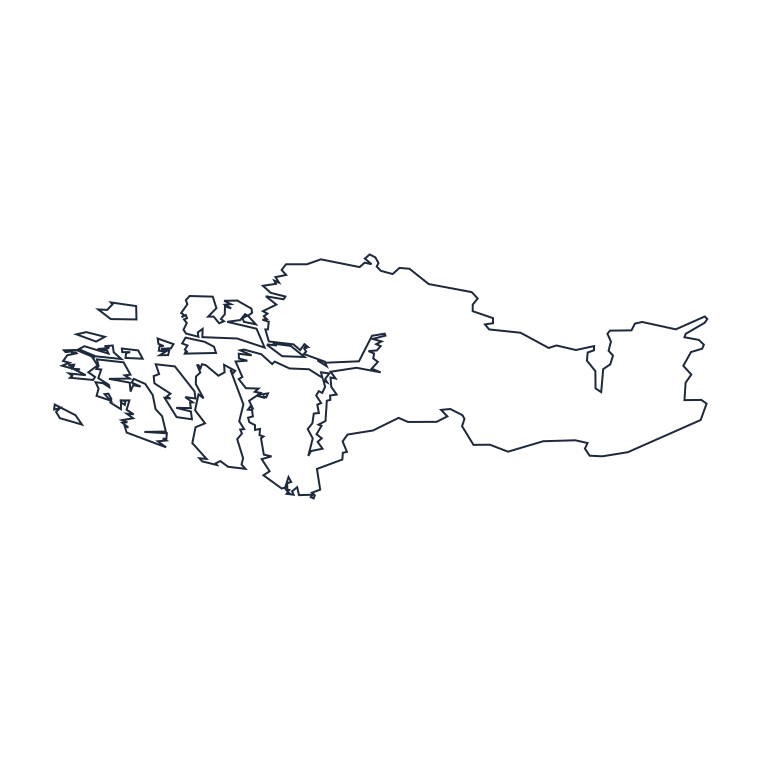 outline of Gulen nor, Sogn og Fjordane, Norway, rotated 10°
{"feature_id": "86288312B34871191687124", "entity_name": "Gulen nor", "entity_type": "district", "adm_level": 2, "iso_a3": "NOR", "parent_name": "Norway", "parent_adm1": "Sogn og Fjordane", "projection": "natural_earth1", "projection_center": [5.028, 60.957], "detail": "fine", "context": "isolated", "style": "outline", "palette": "slate", "viewbox_px": 768, "rotation_deg": 10, "n_neighbors": 0, "source": "geoboundaries", "source_scale": "gbopen_adm2", "svg_char_len": 6126}
<svg xmlns="http://www.w3.org/2000/svg" viewBox="0 0 768 768"><g transform="rotate(10 384 384)"><path d="M688.2,261.8L661.9,279.5L627.4,278.1L620.6,281.0L618.4,288.2L597.3,292.2L595.3,295.7L600.1,302.8L599.4,312.3L604.6,316.2L603.4,325.4L597.3,331.2L599.3,354.3L593.1,351.6L589.9,334.6L579.8,325.8L579.1,317.6L584.9,314.4L584.3,310.2L567.1,317.2L547.2,316.1L539.9,319.9L509.6,309.8L478.1,312.0L473.1,307.8L480.8,305.2L479.9,300.2L458.7,296.9L457.6,290.4L461.4,283.5L454.5,278.3L410.6,277.8L389.1,266.1L379.1,267.0L373.4,274.2L361.3,273.1L356.4,269.6L357.6,265.9L353.5,260.8L347.4,258.9L343.4,263.8L350.9,268.2L343.8,267.9L339.7,273.1L300.2,272.2L287.2,279.5L266.7,283.1L263.4,289.5L268.7,293.6L258.6,297.6L263.0,302.4L258.1,301.3L260.3,304.1L247.7,308.3L256.6,313.9L271.7,315.0L270.4,318.0L252.4,318.1L264.2,324.5L252.1,333.3L257.0,334.9L253.8,338.1L257.3,340.4L253.1,341.8L259.7,342.7L260.2,350.4L257.7,350.9L263.2,362.1L288.0,360.7L295.6,365.2L298.7,358.6L302.6,360.7L298.9,361.4L302.1,361.5L299.3,362.9L301.7,365.7L299.8,368.4L322.6,372.4L314.3,372.3L324.4,376.4L322.2,373.3L355.4,366.0L363.8,338.6L375.9,334.3L377.0,336.1L365.0,341.6L374.2,342.5L369.4,346.1L374.1,347.3L371.1,352.2L363.0,354.3L368.9,355.7L369.0,360.7L374.1,363.3L369.2,371.1L378.7,373.1L354.1,372.8L329.3,381.2L335.4,387.0L330.2,386.9L332.6,396.0L339.2,402.6L332.9,404.7L333.9,409.0L330.6,410.4L332.8,430.6L326.6,435.4L329.7,436.0L326.3,445.2L332.1,448.3L328.7,452.5L334.7,458.4L323.8,462.7L321.9,468.0L323.3,450.0L316.7,441.6L320.3,435.1L320.0,425.3L324.9,423.9L321.9,415.9L325.4,413.7L319.2,407.1L321.0,402.4L324.7,403.5L326.5,397.0L323.7,391.0L327.8,392.3L325.2,389.3L328.3,383.1L319.9,383.4L322.2,388.5L307.5,382.5L288.2,385.1L272.5,380.9L270.4,383.8L258.0,376.0L240.1,374.4L236.6,375.8L248.7,378.8L235.7,379.4L236.7,384.1L245.4,384.8L233.9,387.6L243.3,401.7L240.1,404.4L248.7,412.1L261.2,410.3L258.1,414.1L263.8,414.2L261.1,416.9L271.4,413.4L270.3,417.6L266.8,416.9L269.2,418.5L260.8,417.6L254.1,423.9L259.7,431.8L256.3,429.3L254.5,432.9L258.5,432.5L260.5,438.7L256.0,440.8L258.0,445.0L264.1,446.9L264.9,451.6L269.7,449.8L270.3,456.0L274.4,456.6L272.3,458.8L277.9,474.4L285.8,474.8L276.6,479.2L286.5,489.8L281.1,494.8L301.4,504.7L304.7,503.0L306.1,492.2L309.6,496.6L305.9,498.5L307.0,504.8L310.2,504.9L305.8,505.0L310.3,508.5L307.6,508.2L307.2,509.1L314.2,508.7L312.1,505.7L316.4,500.7L319.6,508.2L333.1,505.4L331.5,508.1L334.6,508.9L335.2,505.6L331.9,503.6L339.5,499.1L332.7,479.3L356.1,465.6L355.4,458.9L359.3,457.3L353.2,447.7L356.9,440.1L381.2,431.7L404.3,414.8L414.0,417.2L442.3,412.2L452.0,404.9L444.7,399.6L453.6,397.1L466.7,401.1L469.3,404.4L468.2,412.0L482.7,428.4L498.8,425.4L517.9,429.1L550.8,412.7L582.2,406.2L594.7,406.8L593.1,412.8L599.0,418.9L611.6,417.3L636.0,408.8L702.1,364.5L705.1,347.3L699.3,344.6L682.7,347.7L680.8,330.4L685.0,321.3L675.6,314.1L680.8,299.2L691.2,294.0L692.2,289.8L686.4,285.9L671.8,285.8L672.4,282.2L689.2,268.0L691.1,263.9L688.2,261.8ZM235.2,396.9L223.2,392.9L225.0,400.2L219.5,404.6L205.3,396.4L201.3,396.1L200.6,400.3L197.9,397.6L196.9,398.0L201.1,404.6L197.5,409.3L198.7,416.8L208.8,429.4L203.1,426.4L202.5,442.6L214.6,453.8L205.9,459.3L205.5,475.5L222.3,488.6L215.1,489.2L218.6,491.8L233.6,492.8L232.1,491.3L236.2,488.3L244.8,492.6L262.3,491.6L257.7,488.0L258.1,481.5L249.0,463.8L252.7,457.4L250.3,453.8L254.1,452.7L247.9,445.8L249.1,428.5L230.3,396.7L233.4,399.8L235.2,396.9ZM97.0,409.6L99.8,415.9L98.2,419.2L103.0,418.8L101.6,427.8L113.1,432.6L114.1,434.9L107.2,432.0L99.6,432.3L103.7,438.1L103.0,445.6L117.4,447.8L110.7,442.5L114.3,441.4L118.1,446.1L117.7,449.8L129.3,454.5L128.2,447.8L132.3,449.6L132.5,445.6L126.5,446.0L136.1,444.4L135.0,454.1L142.7,457.3L135.9,457.9L142.9,461.3L132.3,465.1L137.9,466.2L133.0,467.6L139.8,471.2L136.1,470.9L139.0,476.5L180.4,484.2L171.2,479.7L179.3,477.5L175.6,476.2L179.2,475.7L178.7,470.2L156.3,472.8L177.4,468.7L171.1,454.3L163.4,448.4L158.2,435.1L148.9,425.4L136.7,422.4L135.3,426.4L144.8,428.8L137.2,428.7L135.7,435.5L133.3,426.8L112.2,426.7L132.7,422.8L127.2,420.5L132.7,418.8L123.8,407.9L97.0,409.6ZM200.2,327.7L177.3,331.1L174.3,335.8L176.5,339.6L171.9,349.3L175.2,350.8L173.1,353.4L176.9,350.5L178.6,353.4L175.8,355.1L179.2,358.2L177.1,365.4L180.3,368.7L193.0,369.7L191.6,365.6L195.8,361.2L197.0,369.4L231.4,364.7L260.1,368.9L248.9,351.7L218.8,350.0L231.3,346.0L235.0,339.4L237.8,340.2L233.2,343.8L235.3,347.1L247.4,347.5L238.2,340.4L241.7,336.8L240.4,332.8L225.0,327.3L212.1,329.8L219.4,332.0L213.8,333.5L220.4,336.1L213.9,335.1L215.1,343.0L212.1,348.3L215.5,350.0L211.1,352.8L204.5,347.2L199.1,348.2L205.8,338.4L200.2,327.7ZM175.0,403.0L155.8,404.2L160.8,413.3L155.8,416.2L157.8,423.2L175.4,430.6L172.0,434.3L176.3,435.4L170.4,435.8L185.5,452.6L201.0,452.1L198.6,444.6L183.5,443.5L198.0,441.3L196.2,436.0L198.9,435.3L190.5,431.4L200.8,431.0L198.7,424.2L175.0,403.0ZM75.0,403.9L62.9,406.4L64.8,407.9L71.3,406.0L71.3,407.0L74.9,406.3L76.0,407.1L67.1,410.7L64.0,417.1L70.4,417.7L63.8,421.9L72.9,422.8L74.6,421.1L69.9,420.0L75.5,418.8L74.5,423.1L82.1,422.3L78.1,423.9L88.7,427.1L71.9,428.3L75.6,430.1L73.7,432.4L96.9,430.5L98.2,427.2L90.8,423.8L98.7,415.4L92.2,408.4L94.6,408.3L75.0,403.9ZM126.4,350.3L100.8,351.1L102.8,352.7L98.5,359.1L89.6,360.2L103.7,367.5L129.0,363.4L126.4,350.3ZM180.5,372.8L178.2,379.1L183.8,380.2L181.9,384.7L185.0,386.8L183.1,386.5L182.5,388.7L213.2,382.6L210.1,376.8L200.0,373.6L180.5,372.8ZM267.4,363.5L271.8,364.7L262.6,365.3L262.5,366.0L278.9,374.3L301.0,371.2L285.5,362.7L267.4,363.5ZM110.2,393.2L102.1,395.3L106.5,395.1L106.4,396.6L95.9,399.2L105.5,399.1L107.4,401.9L82.4,398.8L77.4,402.7L95.1,406.8L121.0,405.0L112.3,399.7L110.2,393.2ZM85.6,468.3L63.3,461.4L63.6,466.4L69.1,464.0L65.9,468.4L70.7,473.9L93.6,476.4L85.6,468.3ZM136.1,393.6L119.7,394.6L120.7,398.1L128.5,396.7L124.7,398.4L124.9,403.2L141.9,401.0L136.1,393.6ZM169.8,381.3L153.2,378.5L154.9,383.6L160.4,384.9L156.4,385.8L156.4,390.3L163.4,390.0L158.2,394.6L166.4,393.0L166.7,388.3L159.8,389.7L166.3,387.0L161.9,388.4L158.3,388.1L168.0,385.8L169.8,381.3ZM81.8,384.6L72.5,388.5L93.1,392.2L100.9,386.0L81.8,384.6Z" fill="none" stroke="#1e293b" stroke-width="2"/></g></svg>